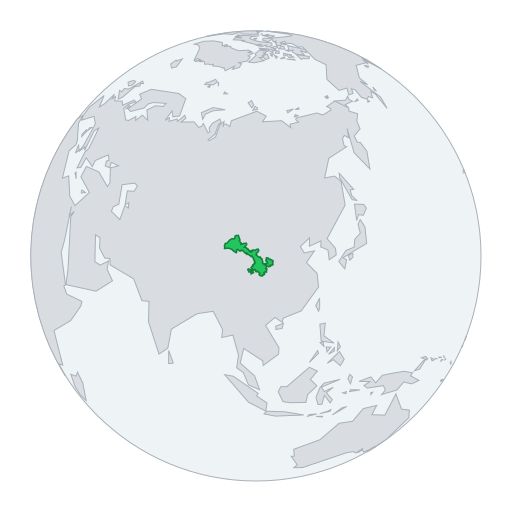 Gansu on an orthographic globe
{"feature_id": "CHN-1150", "entity_name": "Gansu", "entity_type": "Province", "adm_level": 1, "iso_a3": "CHN", "parent_name": "China", "parent_adm1": "", "projection": "orthographic", "projection_center": [103.309, 37.691], "detail": "fine", "context": "on_globe", "style": "filled", "palette": "green", "viewbox_px": 512, "rotation_deg": 0, "n_neighbors": 0, "source": "natural_earth", "source_scale": "10m", "svg_char_len": 17075}
<svg xmlns="http://www.w3.org/2000/svg" viewBox="0 0 512 512"><circle cx="256" cy="256" r="225" fill="#eef3f6" stroke="#a8b0b8"/><path d="M466.3,336.9L466.1,337.2L466.7,335.8L466.3,336.8L466.3,336.9ZM381.7,69.1L367.6,61.7L366.1,60.2L362.6,58.9L364.2,61.0L366.2,62.7L356.2,65.4L359.3,77.8L367.6,84.7L360.0,81.3L380.7,97.2L387.1,108.4L375.3,94.0L370.7,91.4L372.7,97.8L368.4,96.6L366.9,99.2L361.5,97.4L355.1,89.8L351.4,88.7L353.1,93.4L348.8,95.0L346.9,88.1L339.1,90.4L326.9,79.4L326.1,64.8L314.9,59.3L302.2,46.6L298.8,47.2L291.9,43.6L285.5,43.1L284.9,41.4L280.3,42.6L282.0,44.2L280.5,45.4L276.8,45.5L275.5,43.2L277.2,42.8L274.9,42.2L275.8,41.1L273.3,41.7L272.1,39.2L267.9,41.8L262.5,40.0L263.2,38.4L270.1,38.3L289.0,36.4L291.9,35.7L288.9,34.3L268.5,31.4L268.8,31.1L266.3,31.0L283.8,32.4L301.2,35.3L318.2,39.5L334.9,45.0L351.1,51.8L366.8,59.8L381.7,69.1ZM261.2,30.8L260.6,30.8L263.1,31.0L255.7,31.3L259.7,32.2L257.3,32.7L258.6,34.2L250.8,34.3L242.5,33.9L241.0,32.8L237.4,32.8L232.6,34.4L223.9,33.8L207.9,36.2L206.4,36.3L211.9,35.1L228.2,32.4L244.7,31.0L261.2,30.8ZM465.2,173.3L463.6,170.0L463.8,169.7L465.2,173.3ZM463.1,169.6L463.5,170.4L463.2,170.0L463.1,169.6ZM463.2,170.4L463.1,169.8L463.4,170.9L463.2,170.4ZM463.5,172.1L463.3,171.0L463.4,171.3L463.5,172.1ZM463.4,173.5L462.9,172.3L463.4,173.5ZM367.8,63.9L364.7,61.2L364.8,60.0L367.9,62.3L367.8,63.9ZM366.9,67.3L364.2,65.3L368.4,66.1L368.6,67.0L366.9,67.3ZM374.5,90.3L372.9,87.0L376.0,90.7L374.5,90.3ZM367.6,99.9L369.5,101.4L367.9,102.2L367.6,99.9ZM262.8,34.1L260.7,34.1L261.5,33.8L262.8,34.1ZM265.3,34.8L267.7,34.4L269.2,34.8L267.7,35.0L265.3,34.8ZM358.2,100.3L355.1,101.4L357.2,98.9L358.2,100.3ZM261.9,35.3L271.7,35.4L274.3,36.1L270.8,37.6L261.9,35.3ZM352.6,101.2L345.2,104.6L348.7,107.9L334.7,101.0L345.6,100.1L347.6,96.3L349.2,99.7L352.6,101.2ZM284.1,44.8L282.1,43.0L287.1,44.6L284.1,44.8ZM287.7,45.6L305.2,49.6L306.3,52.7L300.2,50.5L304.3,54.9L296.3,54.3L292.2,51.8L293.1,49.8L289.3,51.2L287.7,45.6ZM328.1,96.9L325.4,96.8L327.0,95.5L328.1,96.9ZM280.3,46.1L283.7,46.4L284.9,49.1L278.3,48.8L280.0,48.0L280.3,46.1ZM309.4,56.5L309.1,58.6L302.5,58.6L301.5,59.5L296.2,54.6L309.4,56.5ZM277.9,47.4L274.8,48.7L271.0,47.6L277.0,45.9L277.9,47.4ZM288.1,49.9L288.3,51.2L286.0,50.4L288.1,49.9ZM255.5,45.0L259.6,45.0L260.6,46.3L255.5,45.0ZM274.0,49.2L275.3,49.6L276.2,50.2L273.4,50.9L274.0,49.2ZM291.9,55.1L289.2,54.8L293.7,57.1L288.9,57.5L286.3,54.3L285.4,55.9L283.9,56.0L283.4,53.2L291.9,55.1ZM273.2,53.4L268.1,49.9L260.3,49.4L259.2,48.1L272.0,49.3L273.2,53.4ZM279.2,53.5L275.2,53.1L275.9,51.6L279.0,50.9L279.2,53.5ZM286.7,59.1L294.7,59.3L295.0,60.0L286.7,59.1ZM270.8,53.5L272.0,54.4L270.1,53.7L270.8,53.5ZM281.6,57.6L284.4,57.5L284.7,58.4L281.6,57.6ZM272.2,56.4L270.6,55.2L272.7,54.6L272.2,56.4ZM276.4,57.2L276.1,58.4L274.4,55.1L277.6,57.0L276.4,57.2ZM281.4,58.5L282.5,58.9L280.2,58.4L281.4,58.5ZM265.3,59.6L262.6,55.6L267.2,54.2L269.2,58.2L265.3,59.6ZM77.5,118.6L83.4,115.0L78.5,123.3L77.3,140.6L76.0,144.7L69.0,150.9L62.4,178.1L68.7,175.9L69.8,196.3L75.0,205.6L89.4,192.5L80.9,176.9L86.4,166.4L98.9,172.0L107.4,186.6L109.9,183.0L110.4,167.9L118.4,165.8L111.3,162.3L109.7,167.7L105.2,166.0L106.4,161.0L109.1,160.3L108.3,154.9L95.3,160.5L92.3,166.7L86.3,157.8L80.8,167.4L77.0,167.9L85.0,152.0L88.8,148.5L98.8,128.1L94.2,130.7L84.6,150.5L84.9,146.9L78.7,151.6L83.7,145.2L95.4,123.8L94.0,116.4L81.8,120.1L83.2,115.6L89.1,107.4L104.1,95.5L99.3,107.0L104.5,103.8L114.5,94.2L112.2,98.7L115.6,96.5L114.7,100.9L122.2,101.1L122.6,105.2L134.1,100.1L135.9,101.8L128.6,104.2L123.7,108.4L125.7,119.9L128.6,120.5L135.9,116.5L135.6,120.5L142.4,115.2L147.7,120.3L146.9,109.9L155.4,105.8L163.3,106.4L166.0,103.4L153.2,102.5L148.2,104.0L144.2,108.0L130.5,111.5L128.0,108.8L141.7,98.8L139.6,94.3L151.3,89.3L178.7,93.5L185.8,98.6L179.6,115.9L173.0,116.9L172.0,110.9L165.1,120.4L169.4,117.7L169.1,121.3L177.2,119.0L177.4,121.5L184.8,115.3L185.9,118.2L181.2,122.1L194.1,121.9L198.7,127.4L201.6,126.3L203.3,123.5L208.0,132.8L209.9,131.6L209.1,128.0L212.3,123.4L219.9,119.0L221.1,122.5L218.5,124.5L215.0,134.3L208.0,139.6L209.3,140.7L215.6,136.9L219.9,124.9L224.1,121.4L223.0,127.0L223.7,124.6L226.2,124.0L229.8,126.7L231.4,120.7L256.9,111.2L266.3,116.2L262.5,121.8L281.6,120.7L290.8,127.7L290.0,124.2L298.6,122.1L295.8,119.8L296.1,118.0L317.0,113.0L322.8,115.0L330.9,110.1L330.5,108.4L326.7,106.6L334.7,101.0L348.7,107.9L348.9,111.1L357.6,113.7L356.8,121.1L360.1,128.8L354.2,136.1L357.3,142.1L360.4,142.5L366.9,151.3L369.9,169.0L354.1,152.7L347.0,128.4L348.7,137.8L344.3,135.4L342.5,138.7L344.1,145.7L346.7,146.7L328.8,158.3L324.6,178.0L334.6,176.1L341.1,181.5L345.1,205.1L327.1,238.6L335.5,248.3L336.2,255.0L329.2,259.8L328.0,250.0L320.7,246.9L321.1,240.9L309.4,246.2L309.5,237.9L300.4,246.5L304.1,252.9L314.4,250.9L306.4,262.6L317.1,273.4L318.6,286.9L301.2,310.9L283.3,318.1L282.2,322.2L275.0,317.5L265.5,325.3L279.0,347.8L278.6,354.1L263.2,365.5L262.8,360.9L243.7,348.4L240.2,363.0L254.6,375.9L259.6,389.7L248.5,384.9L243.4,372.6L236.7,367.8L238.5,355.2L232.9,335.1L221.7,337.5L222.6,329.5L213.2,311.3L197.1,313.7L171.4,329.1L167.8,348.2L159.0,354.1L148.5,321.8L149.0,301.4L141.9,300.6L133.7,278.9L110.2,264.9L109.8,258.5L104.8,258.1L99.5,248.0L100.0,237.8L95.5,234.8L94.9,261.7L100.1,265.1L108.5,261.0L107.1,269.3L112.5,280.8L96.0,291.2L66.0,284.6L68.0,269.2L70.8,216.3L73.5,212.9L73.7,212.4L74.1,211.4L69.2,216.2L71.4,206.4L64.5,240.3L61.2,252.5L65.5,285.0L63.8,286.0L66.7,294.1L81.9,301.4L80.9,305.9L70.7,320.6L54.0,330.5L59.1,351.1L62.8,365.1L58.7,363.8L65.6,376.3L65.0,375.5L57.0,361.5L49.9,347.1L44.0,332.1L39.1,316.8L35.3,301.1L32.6,285.3L31.1,269.2L30.7,253.1L31.5,237.1L33.4,221.1L36.5,205.3L40.7,189.7L46.0,174.5L52.3,159.7L59.7,145.4L68.1,131.7L77.5,118.6ZM73.0,124.8L71.0,127.6L73.0,124.8ZM111.4,211.3L119.8,219.6L124.8,205.7L128.4,208.0L128.8,202.7L125.1,204.7L127.3,190.9L134.0,191.3L137.5,186.1L134.8,183.1L122.1,184.7L118.8,204.2L113.2,206.7L111.4,211.3ZM207.6,36.0L206.3,36.3L206.4,36.2L207.6,36.0ZM135.7,81.7L132.5,84.8L128.5,86.0L128.1,82.2L133.8,80.3L135.7,81.7ZM128.8,89.1L142.6,81.1L143.5,83.6L140.7,83.5L139.8,86.0L135.1,86.5L122.4,97.3L118.1,99.2L119.6,90.3L121.5,91.9L124.5,88.5L128.8,89.1ZM176.4,61.0L182.3,58.9L176.4,66.9L171.5,68.0L170.7,63.9L176.1,60.2L176.4,61.0ZM253.8,38.6L256.5,38.2L256.8,38.7L254.8,39.4L253.8,38.6ZM257.3,44.9L242.5,41.1L244.8,40.4L233.3,39.8L235.0,37.7L242.3,38.0L235.0,36.3L242.3,35.8L236.6,35.0L252.9,36.0L259.1,35.9L251.5,36.7L249.9,38.5L251.0,39.3L259.0,41.6L271.7,42.9L272.1,45.4L269.0,46.8L266.0,46.9L266.7,45.1L262.2,46.5L260.9,44.1L257.3,44.9ZM232.4,69.4L234.5,66.1L225.2,70.8L223.9,67.4L222.9,68.2L219.2,66.5L212.9,66.0L213.3,64.3L210.7,64.9L208.1,64.0L204.7,64.3L204.2,61.5L200.0,61.7L202.2,60.3L194.9,61.6L200.1,59.5L197.3,58.5L193.8,61.1L199.8,48.1L198.4,45.1L194.3,44.1L203.8,41.3L213.6,40.9L222.3,42.4L222.3,46.0L226.6,44.4L227.9,45.8L224.0,46.5L230.8,46.3L230.8,47.7L238.5,50.7L248.3,50.1L251.3,51.5L247.5,52.4L253.2,53.1L248.1,55.9L250.2,57.0L247.2,61.1L238.6,62.7L241.6,63.9L239.4,67.4L232.4,69.4ZM264.2,60.7L254.2,62.8L248.6,62.1L256.2,55.3L255.0,53.9L259.6,50.1L267.7,51.3L265.6,52.2L265.5,53.4L263.0,52.5L264.9,54.2L262.1,55.6L262.8,57.4L259.4,57.5L264.2,60.7ZM78.8,144.5L78.6,147.0L79.2,149.9L75.3,153.1L78.8,144.5ZM86.5,129.8L87.0,131.1L81.7,136.6L82.0,134.3L86.5,129.8ZM91.7,127.5L87.4,130.8L89.8,127.7L91.7,127.5ZM129.4,105.3L130.4,106.8L128.8,108.0L126.2,108.6L129.4,105.3ZM204.7,84.5L206.8,82.3L208.2,82.5L215.6,79.4L217.2,81.9L213.3,84.8L204.7,84.5ZM85.5,192.6L81.3,193.0L81.7,190.1L83.0,190.5L85.5,192.6ZM76.1,172.1L76.1,178.8L75.0,173.0L76.1,172.1ZM207.7,86.8L210.5,85.1L209.5,87.5L207.7,86.8ZM218.7,83.7L218.3,86.2L218.2,81.9L218.7,83.7ZM82.8,383.1L86.2,400.6L80.5,395.1L75.1,386.7L70.8,374.2L76.1,376.2L77.5,372.1L82.8,383.1ZM316.0,416.4L322.6,416.3L322.3,417.0L316.0,416.4ZM309.1,414.5L316.7,414.0L307.7,416.3L309.1,414.5ZM319.7,413.7L327.4,411.3L330.8,409.6L330.2,411.2L319.7,413.7ZM303.8,415.0L275.3,416.1L264.0,413.9L266.7,411.2L285.0,411.8L303.8,415.0ZM265.8,411.1L248.5,402.2L224.7,374.7L233.2,376.2L258.1,393.4L256.5,395.9L267.0,402.9L265.8,411.1ZM307.6,394.7L305.9,402.4L290.2,402.7L283.1,401.7L278.2,391.8L280.9,386.6L286.8,386.6L309.4,367.3L317.3,371.1L310.4,379.4L316.9,385.8L307.6,394.7ZM168.7,350.4L173.3,363.1L168.6,363.6L168.7,350.4ZM318.5,353.3L309.4,362.4L317.6,350.5L318.5,353.3ZM323.2,342.1L323.9,346.4L320.1,342.6L323.2,342.1ZM282.1,328.4L275.9,329.5L275.7,326.3L283.5,323.1L282.1,328.4ZM319.6,298.1L319.7,307.8L318.6,311.2L315.7,305.6L319.6,298.1ZM225.2,109.7L213.0,110.8L205.4,114.1L202.7,119.4L201.3,112.7L213.1,107.6L225.2,109.7ZM252.8,110.4L255.1,106.3L257.6,108.1L257.4,109.3L252.8,110.4ZM251.8,107.9L248.1,102.9L251.6,100.6L253.8,105.0L251.8,107.9ZM227.4,93.8L223.7,93.9L224.6,91.9L227.4,93.8ZM366.8,452.1L369.0,450.5L376.4,446.3L372.6,448.7L366.8,452.1ZM346.2,452.8L302.8,467.5L293.8,467.7L297.2,464.8L291.2,456.3L294.3,456.2L293.7,449.3L320.0,439.7L339.1,423.3L352.5,421.3L363.3,408.6L376.7,405.4L371.9,414.7L384.9,415.1L395.9,393.9L401.5,409.1L409.4,410.1L408.8,417.7L386.2,439.4L375.4,446.5L374.3,446.6L369.5,449.6L363.6,452.1L362.4,449.9L357.6,452.7L363.1,448.1L355.8,453.1L353.6,451.6L346.2,452.8ZM440.5,380.5L441.9,379.5L443.2,379.5L441.1,381.6L440.5,380.5ZM463.0,344.7L463.0,344.9L461.8,347.5L463.0,344.7ZM466.1,337.2L464.8,340.6L466.7,335.8L466.1,337.2ZM450.6,363.1L451.1,363.3L450.4,364.4L450.6,363.1ZM450.1,363.4L451.3,360.7L450.8,362.6L450.1,363.4ZM444.4,360.4L445.5,358.6L445.8,359.0L444.4,360.4ZM332.4,414.9L341.8,407.9L346.7,406.5L332.4,414.9ZM443.3,359.4L440.8,361.1L441.2,359.9L443.3,359.4ZM443.7,356.8L443.5,355.5L444.7,357.8L443.7,356.8ZM439.1,357.0L442.0,357.4L438.8,357.6L439.1,357.0ZM437.3,358.7L435.1,359.0L435.3,358.4L437.3,358.7ZM410.5,375.8L419.0,380.4L411.7,383.9L403.8,382.0L396.9,390.0L381.6,394.6L385.3,390.1L383.4,385.6L367.2,388.1L364.0,385.5L369.9,381.6L359.0,381.4L370.9,376.9L375.7,382.9L382.3,375.3L393.6,373.0L404.3,371.3L412.6,372.8L410.5,375.8ZM370.7,392.7L372.7,392.2L370.9,394.7L370.7,392.7ZM430.9,357.9L434.1,359.2L433.6,360.3L432.0,360.8L430.9,357.9ZM414.5,370.7L423.6,360.5L425.6,359.5L419.6,369.1L414.5,370.7ZM421.5,357.7L425.6,356.4L427.6,358.6L426.8,359.9L421.5,357.7ZM346.4,391.7L345.9,393.8L342.7,392.8L346.4,391.7ZM350.5,389.7L359.9,389.9L349.6,391.6L350.5,389.7ZM321.4,387.1L324.2,391.6L333.2,387.3L326.3,392.7L332.3,399.7L330.2,402.9L324.3,395.3L322.0,404.2L318.0,404.5L316.0,397.3L320.0,387.6L324.0,383.2L340.1,379.3L321.4,387.1ZM350.5,383.8L347.9,378.6L349.8,374.4L352.5,376.9L350.5,383.8ZM340.3,365.7L333.4,359.7L327.3,363.2L339.5,351.5L344.2,359.3L340.3,365.7ZM334.3,351.0L328.6,354.2L334.4,347.6L334.3,351.0ZM327.0,352.0L326.2,347.0L330.8,347.1L327.0,352.0ZM337.3,350.8L338.1,342.0L340.5,346.8L337.3,350.8ZM323.9,335.8L334.0,343.0L321.1,341.0L319.9,324.1L325.3,323.1L323.9,335.8ZM349.9,260.3L348.2,255.4L352.9,253.3L352.8,257.3L349.9,260.3ZM366.7,243.4L353.6,251.2L342.9,257.9L346.6,259.7L344.8,268.9L338.8,261.5L345.9,250.5L354.2,247.1L354.7,239.4L360.3,233.1L358.0,224.1L360.2,219.5L364.9,226.8L366.7,243.4ZM356.6,220.4L354.5,204.1L363.8,204.4L366.3,208.1L363.3,215.3L358.7,214.6L356.6,220.4ZM356.7,200.4L352.2,199.7L339.6,177.6L339.2,173.2L353.7,189.4L350.2,189.8L351.6,195.4L356.7,200.4ZM326.6,98.6L325.5,97.0L328.0,98.0L326.6,98.6ZM294.4,116.9L295.2,114.6L298.1,115.7L294.4,116.9ZM299.0,109.2L295.2,109.5L298.7,107.7L299.0,109.2ZM286.7,110.7L293.4,109.0L287.8,112.8L286.7,110.7Z" fill="#d9dde1" stroke="#a8b0b8" stroke-width="1"/><path d="M236.0,235.5L238.4,235.4L240.0,240.1L239.4,240.6L239.4,240.9L240.2,242.1L241.2,243.0L240.9,244.4L241.9,244.4L242.7,243.7L243.7,243.4L244.7,243.4L245.2,243.2L245.5,243.2L246.2,243.2L246.4,243.3L246.7,244.0L246.7,244.3L246.7,244.5L246.1,245.2L245.8,245.9L244.9,246.4L244.6,246.7L244.3,247.2L245.3,247.3L245.8,247.7L246.7,248.0L246.9,248.2L246.9,248.6L247.4,248.8L247.5,249.1L248.4,249.2L248.5,249.4L248.5,250.0L248.6,250.3L249.1,250.8L249.3,250.8L249.4,250.7L249.6,250.7L249.6,251.1L249.7,251.4L250.0,251.5L249.9,251.7L250.2,251.8L250.7,252.0L251.5,252.0L252.1,251.3L251.5,250.6L253.2,249.9L253.4,249.9L253.8,250.1L255.0,250.4L255.5,250.0L256.5,249.4L257.3,249.2L258.2,249.1L258.3,249.2L258.3,249.6L258.8,250.4L258.8,250.7L258.6,251.0L258.3,251.3L258.1,251.8L257.7,252.3L256.4,253.2L256.6,253.5L256.7,254.2L256.2,254.4L256.2,254.8L256.3,255.3L257.1,255.7L258.5,256.9L258.9,257.2L259.4,257.1L259.6,256.9L260.4,257.1L260.4,257.4L260.1,257.6L260.2,257.8L260.4,257.8L260.6,257.7L260.8,257.8L261.0,258.3L261.6,258.6L261.9,258.8L262.3,259.4L262.3,259.5L262.0,259.7L262.0,259.9L262.2,260.4L262.4,260.9L262.7,261.2L262.8,261.6L262.8,262.2L262.4,262.4L262.4,262.9L262.8,263.5L263.2,263.7L263.7,263.7L263.6,263.8L264.1,264.5L264.4,264.4L264.9,264.6L264.3,264.7L264.2,264.8L264.3,264.9L264.6,264.8L265.2,264.8L265.6,265.3L265.8,265.4L266.1,265.1L266.2,264.8L266.2,264.5L266.0,264.4L265.9,264.2L266.2,264.2L266.0,263.6L266.4,263.5L266.8,263.6L267.5,263.3L267.3,262.9L267.5,262.7L267.5,262.1L267.1,261.6L266.9,261.6L266.5,261.4L266.1,261.4L266.1,261.1L266.1,260.7L265.9,260.5L266.0,260.3L266.0,259.7L266.4,259.6L266.5,259.3L266.5,259.2L266.3,258.8L266.4,258.5L266.4,258.3L266.4,257.8L266.5,257.7L266.8,257.7L267.3,258.1L268.0,258.0L268.3,258.1L268.5,258.2L268.5,258.8L269.2,258.9L269.3,259.0L269.8,259.1L270.4,259.3L270.6,259.6L270.9,259.7L270.9,259.9L271.3,260.0L271.5,259.9L271.6,260.0L271.9,260.1L272.2,260.4L272.8,260.5L273.0,260.7L273.0,260.9L272.9,261.2L273.1,261.6L273.0,262.2L272.5,262.7L272.6,263.0L272.6,263.5L272.9,263.9L273.0,264.6L272.7,265.0L271.9,265.1L271.7,265.0L271.0,265.3L270.8,265.2L270.2,265.0L270.0,265.4L270.3,265.9L270.6,266.2L270.6,266.3L270.2,266.4L269.7,266.4L269.5,266.6L268.9,266.5L268.6,266.7L268.0,266.2L267.7,266.1L266.5,266.1L266.2,266.3L266.3,266.7L266.5,267.0L266.4,267.1L266.3,267.5L266.1,267.6L265.7,268.1L265.9,268.3L266.3,268.3L266.6,268.5L266.9,268.8L266.9,269.3L266.5,269.2L266.4,269.3L266.5,269.4L266.7,269.8L266.2,270.6L266.2,270.8L266.4,270.9L266.3,271.1L266.3,271.4L266.6,271.8L266.6,272.0L266.4,272.1L266.2,271.9L265.8,271.9L265.4,272.1L265.2,272.0L265.1,271.9L264.8,271.9L264.7,272.1L264.3,272.3L264.2,272.7L263.9,272.8L264.0,273.2L264.6,273.4L264.5,273.7L264.6,274.2L264.5,274.4L263.8,274.8L263.2,274.6L262.9,274.7L262.8,274.9L263.0,275.3L262.5,275.8L262.2,275.7L262.0,276.0L261.8,275.8L261.3,275.9L261.0,275.8L260.4,275.7L260.1,275.6L259.6,275.1L259.3,275.0L259.2,274.9L259.2,274.7L259.3,274.6L259.6,274.5L259.6,274.3L259.2,273.6L259.2,273.3L259.5,273.1L259.2,273.0L258.8,272.5L258.8,272.1L258.7,271.9L257.5,271.8L257.1,271.6L256.7,271.7L256.8,271.3L256.8,271.2L256.3,271.5L255.7,271.4L255.6,271.2L255.5,270.8L255.5,269.9L255.0,269.7L254.7,269.3L254.2,269.4L254.0,269.7L253.7,269.9L253.8,270.1L253.2,270.2L252.9,270.6L252.6,270.6L252.3,270.7L252.6,271.2L252.5,271.3L252.8,271.5L252.7,271.6L252.8,271.6L252.8,271.8L252.9,272.0L253.3,272.3L253.2,272.4L253.3,272.6L253.2,272.6L253.0,272.8L252.7,272.9L252.5,273.1L252.2,273.2L252.0,273.5L251.7,273.6L251.2,273.9L251.2,273.7L251.1,273.4L251.3,273.1L251.5,272.7L251.3,272.2L251.0,272.0L251.0,272.3L250.8,272.4L250.5,272.4L250.3,271.8L250.1,271.6L249.7,271.9L249.2,271.7L249.0,271.8L249.0,271.3L248.9,271.0L248.5,270.9L248.3,270.7L247.8,269.8L247.8,269.6L247.9,269.3L248.3,268.9L248.7,269.1L249.3,269.2L249.5,269.4L250.3,269.6L250.5,269.7L250.6,269.9L251.0,270.2L251.3,269.9L251.6,269.9L252.0,269.4L252.5,269.1L252.2,268.5L252.0,268.4L251.6,268.3L251.5,267.9L251.2,268.0L251.0,267.7L251.3,267.5L251.5,267.5L251.6,267.0L251.8,266.8L252.1,266.7L252.4,266.4L252.6,266.3L252.8,266.0L253.0,265.9L252.8,265.5L252.6,265.4L252.8,265.2L252.8,264.9L253.2,264.9L253.5,264.5L254.1,264.5L254.1,264.1L254.0,263.6L254.1,263.3L254.3,263.2L254.5,263.2L254.9,263.3L254.9,262.9L255.0,262.7L254.8,262.4L255.1,261.8L254.7,261.4L254.4,261.4L254.3,260.7L254.1,260.2L253.8,260.0L253.8,259.8L254.0,259.7L253.3,258.9L253.4,258.4L253.6,258.2L253.2,257.6L252.6,257.1L252.4,257.1L252.0,256.9L252.0,256.7L251.9,256.3L251.8,255.8L251.7,255.8L251.4,256.3L251.3,256.6L251.2,256.6L251.0,256.3L249.7,255.5L249.0,254.8L247.7,254.3L247.6,254.2L247.5,253.8L247.4,253.6L246.8,253.4L246.3,252.7L246.1,252.7L246.1,253.1L246.3,253.4L246.3,253.8L246.0,253.5L245.8,253.4L245.2,253.1L244.5,252.5L244.3,252.2L243.1,251.0L243.1,250.7L242.8,250.6L242.6,250.4L242.2,250.3L242.1,250.2L241.9,250.5L241.6,250.7L241.1,250.6L241.0,250.4L240.8,250.4L240.6,250.7L240.0,251.2L237.9,249.7L237.2,249.4L236.9,249.5L236.7,249.8L236.7,250.2L236.6,250.7L236.6,251.2L236.6,251.4L236.5,251.6L236.6,251.9L236.5,252.6L236.4,252.7L235.8,252.6L235.2,252.2L235.1,251.9L234.5,251.5L234.2,251.5L233.8,251.3L233.7,251.0L233.3,250.8L233.0,250.5L232.8,250.4L232.5,249.8L232.1,249.7L231.7,249.1L230.8,249.1L230.5,248.9L230.0,248.7L229.7,248.5L228.3,248.2L227.5,248.3L227.0,248.2L226.7,248.2L226.4,248.2L226.0,248.4L225.6,248.5L225.1,248.4L224.8,248.6L224.5,248.5L224.7,247.4L224.4,245.9L224.4,245.7L224.9,244.8L225.2,243.4L225.4,243.3L226.2,243.5L227.1,243.1L228.6,241.2L230.4,239.5L231.9,238.8L233.2,238.7L234.0,238.9L234.3,238.8L234.8,238.2L234.8,237.7L235.1,236.1L236.0,235.5Z" fill="#22c55e" stroke="#15803d" stroke-width="1.5"/></svg>